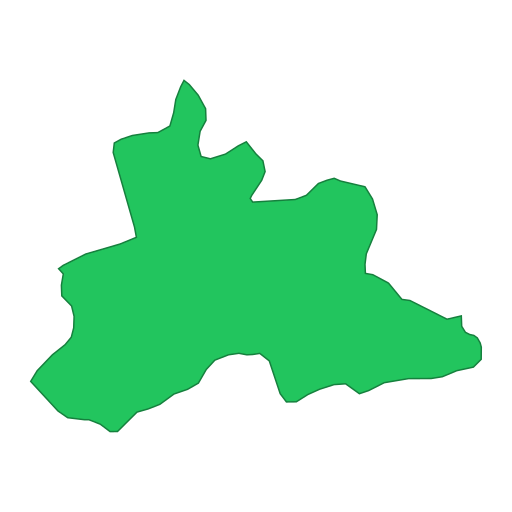 an SVG outline of Kadiogo
{"feature_id": "BFA-2815", "entity_name": "Kadiogo", "entity_type": "Province", "adm_level": 1, "iso_a3": "BFA", "parent_name": "Burkina Faso", "parent_adm1": "", "projection": "albers", "projection_center": [-1.48, 12.365], "detail": "fine", "context": "isolated", "style": "filled", "palette": "green", "viewbox_px": 512, "rotation_deg": 0, "n_neighbors": 0, "source": "natural_earth", "source_scale": "10m", "svg_char_len": 1429}
<svg xmlns="http://www.w3.org/2000/svg" viewBox="0 0 512 512"><path d="M461.3,315.9L461.7,326.3L465.4,332.3L469.7,334.5L473.8,335.4L477.3,337.9L480.2,343.0L481.3,347.2L481.2,359.3L473.4,367.1L456.7,370.7L442.4,376.7L431.2,378.5L408.5,378.6L384.2,382.7L368.6,390.6L359.4,393.7L345.6,383.8L334.0,384.6L319.7,389.2L307.9,394.5L296.3,401.8L286.4,401.9L280.2,393.7L269.3,360.9L259.8,353.4L252.6,354.5L246.8,354.8L238.9,353.3L228.5,354.8L214.9,360.1L206.3,369.4L198.4,383.1L187.6,389.3L174.0,394.0L159.9,404.3L148.2,408.9L137.0,412.1L117.5,431.5L110.1,431.6L100.3,424.2L88.9,419.7L84.4,419.7L67.7,417.7L58.0,411.0L30.7,381.4L37.2,370.7L52.4,354.8L65.1,344.7L71.3,337.2L73.7,327.9L74.1,316.4L71.6,306.0L61.8,295.9L61.4,285.2L63.3,273.9L58.6,268.7L63.3,265.3L85.8,254.0L120.1,244.0L136.4,237.3L134.5,227.0L113.2,152.5L114.3,143.0L121.2,139.2L132.3,135.5L149.1,132.9L157.8,132.6L169.9,126.0L173.7,112.7L175.8,99.5L180.7,86.8L184.0,80.4L189.3,84.6L198.2,95.2L205.6,108.7L206.0,120.4L200.1,131.3L197.9,145.1L201.1,156.5L210.4,158.8L225.5,154.1L238.2,145.9L246.3,141.8L255.8,153.8L262.9,160.8L265.1,171.6L261.7,180.3L251.7,195.4L250.2,198.5L252.7,202.1L295.3,199.5L306.4,195.3L318.4,183.5L327.1,180.2L334.2,178.3L340.4,181.0L365.0,186.8L372.5,199.0L377.2,214.7L376.5,229.4L366.3,253.8L365.0,264.3L365.4,273.4L372.8,274.7L388.5,283.1L401.9,299.4L409.9,300.5L447.0,319.2L461.3,315.9Z" fill="#22c55e" stroke="#15803d" stroke-width="1.5"/></svg>